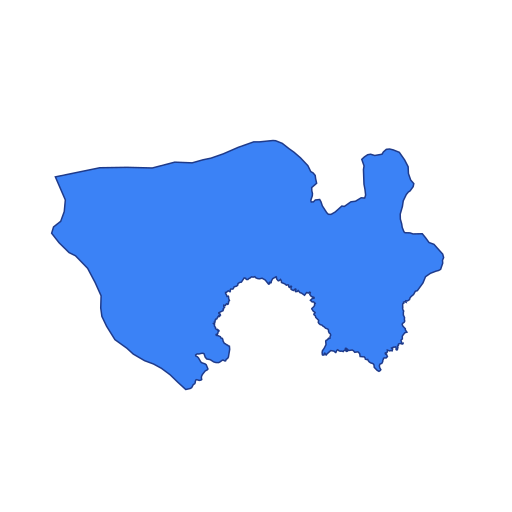 the district of Huameuang, Houaphan, Laos, rotated 335°
{"feature_id": "54806243B56031864903402", "entity_name": "Huameuang", "entity_type": "district", "adm_level": 2, "iso_a3": "LAO", "parent_name": "Laos", "parent_adm1": "Houaphan", "projection": "robinson", "projection_center": [103.862, 20.067], "detail": "fine", "context": "isolated", "style": "filled", "palette": "blue", "viewbox_px": 512, "rotation_deg": 335, "n_neighbors": 0, "source": "geoboundaries", "source_scale": "gbopen_adm2", "svg_char_len": 6145}
<svg xmlns="http://www.w3.org/2000/svg" viewBox="0 0 512 512"><g transform="rotate(335 256 256)"><path d="M135.9,347.3L140.5,348.3L142.1,348.1L144.9,346.0L146.4,345.9L147.3,345.2L148.0,344.0L149.2,342.9L150.0,343.0L152.0,344.8L153.7,345.2L154.6,345.0L155.0,343.3L155.9,341.9L157.4,340.7L161.4,338.7L163.7,338.6L164.7,338.1L164.9,333.5L164.2,332.2L161.8,329.9L161.2,328.7L160.8,324.1L160.3,322.6L159.2,321.2L159.4,320.2L160.5,319.9L161.8,320.0L162.6,320.6L165.5,321.2L166.9,321.8L167.6,322.6L167.2,326.2L167.8,328.5L170.7,330.6L172.9,334.1L174.6,335.6L177.0,336.8L178.4,336.8L181.5,336.2L182.6,336.7L183.1,337.7L184.1,338.2L185.3,337.1L187.0,336.8L188.3,335.9L192.7,329.5L193.8,326.5L192.9,325.7L192.6,324.7L191.8,324.0L191.2,322.7L190.4,321.8L190.2,319.4L190.7,317.2L190.5,316.2L189.6,315.6L189.6,314.1L188.0,312.2L186.5,311.2L186.7,310.3L187.9,310.6L188.2,310.0L188.8,309.9L189.4,308.9L190.8,308.3L190.9,307.9L190.5,307.1L190.0,307.1L190.0,306.2L189.2,306.0L189.0,305.5L188.7,304.4L189.1,303.7L188.7,301.9L189.4,300.8L189.0,299.3L189.9,299.6L190.3,299.1L190.3,298.3L191.0,298.4L191.9,296.8L192.6,296.7L192.9,296.2L194.0,296.4L195.6,295.0L196.9,295.3L197.0,294.6L197.7,295.1L198.0,295.0L198.1,294.5L198.8,294.5L198.9,293.4L198.0,292.5L198.3,291.7L203.1,291.6L203.5,290.7L204.0,290.5L204.0,290.0L205.7,289.3L205.4,288.2L206.0,287.0L207.3,288.0L208.2,287.2L209.2,286.9L209.4,286.9L209.7,287.8L210.2,287.9L211.3,286.9L211.9,285.6L213.1,285.2L213.2,283.1L213.9,281.4L213.9,280.7L212.6,280.4L212.8,278.9L212.6,277.2L213.0,276.2L213.5,276.5L216.2,275.8L217.3,277.4L217.9,277.0L218.5,275.7L219.1,275.3L220.9,276.1L221.4,276.1L223.2,274.7L225.7,275.1L227.1,274.7L228.1,273.3L230.3,273.1L231.7,273.5L236.0,270.9L237.2,271.8L237.2,272.7L237.5,273.3L238.7,273.9L239.8,273.4L241.0,273.5L243.1,273.0L244.6,274.0L246.2,274.2L246.4,275.3L246.8,275.9L247.9,277.1L249.4,278.1L252.1,278.7L254.2,281.6L255.5,286.8L256.3,287.0L256.9,286.7L256.8,285.8L257.1,285.5L258.5,286.5L259.4,285.2L261.5,283.6L265.5,283.3L265.6,283.7L265.1,285.0L265.1,285.9L265.7,287.9L266.6,288.1L268.3,287.6L268.4,289.4L267.9,290.8L270.3,293.4L271.2,295.3L272.3,295.4L273.2,296.0L272.7,297.7L273.0,298.6L274.9,298.1L275.2,298.3L275.3,298.6L274.6,299.2L273.8,300.5L273.7,300.9L274.2,301.8L275.4,303.1L277.4,302.5L278.0,302.7L277.9,303.5L276.8,304.4L276.9,305.1L278.4,305.6L279.6,305.1L280.4,307.8L281.6,308.9L283.4,312.1L286.4,310.5L286.7,310.5L287.6,311.7L289.3,311.4L289.8,312.0L288.5,313.6L288.9,315.6L289.3,316.4L291.0,317.9L291.0,318.6L290.6,318.8L289.2,318.3L286.6,319.1L287.5,321.4L288.7,321.8L289.5,323.4L289.6,324.0L288.8,324.1L288.4,325.3L287.1,326.3L284.4,327.2L284.2,327.5L284.6,330.3L285.7,332.1L285.5,332.5L284.3,332.8L283.7,333.6L284.5,335.1L284.2,336.9L285.6,340.8L284.4,342.4L284.5,343.7L285.2,345.3L286.6,346.5L287.0,347.8L287.9,349.1L288.5,350.8L290.2,352.5L290.4,353.6L289.9,354.9L289.8,356.7L290.4,357.6L290.4,358.8L290.1,359.5L289.2,360.1L288.3,361.8L287.6,361.7L287.0,361.2L286.3,361.8L285.7,361.7L284.9,362.2L283.8,362.1L283.2,362.6L282.0,365.9L278.7,368.5L276.2,369.9L275.2,371.3L274.4,373.5L274.7,374.1L275.9,374.4L276.7,373.3L277.3,373.1L277.7,375.4L277.9,375.4L278.8,374.8L283.8,373.3L286.5,375.2L287.3,377.1L287.6,377.2L289.3,375.7L290.4,375.5L291.3,377.2L292.3,378.0L293.5,378.4L294.7,379.5L295.6,379.0L296.8,378.8L297.7,380.7L298.4,380.9L298.9,380.4L298.1,379.1L297.8,377.8L298.0,377.5L298.6,377.6L299.7,379.6L299.7,380.7L303.5,381.9L304.3,383.1L304.8,385.0L307.5,385.8L308.0,386.2L308.7,388.3L307.9,391.1L311.5,393.2L311.8,394.3L311.5,395.7L312.6,396.7L313.5,396.9L313.5,398.3L313.9,399.9L314.9,401.5L316.1,402.5L316.8,403.6L316.9,404.5L316.1,406.9L317.5,410.9L318.7,412.5L320.2,412.3L321.1,411.8L320.9,409.8L321.3,407.9L321.8,407.1L322.9,406.3L324.6,406.5L326.2,405.3L326.6,404.4L328.0,403.2L328.3,402.6L329.3,402.6L330.8,403.4L332.6,402.7L332.7,400.5L331.9,399.7L332.1,398.6L332.4,398.5L333.2,399.0L334.0,398.8L335.1,397.4L335.3,396.8L337.0,398.5L338.3,398.7L339.3,399.5L340.6,398.0L340.6,397.5L340.0,397.2L339.9,396.7L342.1,396.7L342.8,397.1L343.9,397.2L344.2,397.6L344.0,398.9L343.4,400.0L343.8,400.6L344.5,400.7L346.1,398.6L346.1,397.5L347.3,397.2L347.4,396.6L348.0,396.0L349.8,396.2L351.3,397.6L352.2,397.6L352.4,397.3L351.7,397.2L351.5,396.0L351.7,393.8L352.1,393.4L353.6,393.0L354.6,390.7L355.1,390.2L358.3,388.5L360.6,388.8L360.1,386.2L360.6,385.0L359.5,381.7L359.5,380.0L360.2,379.1L362.4,378.6L363.3,377.8L363.7,376.1L364.6,374.6L364.6,371.8L365.8,369.2L366.6,368.3L366.4,366.9L366.9,364.9L367.5,364.4L367.6,363.6L368.7,361.5L369.2,361.2L370.0,361.2L370.2,360.2L371.6,360.3L372.4,361.2L372.5,360.1L372.8,359.8L374.3,360.7L376.7,360.4L377.7,359.2L379.4,358.3L382.5,357.5L385.5,355.3L387.6,355.6L395.9,351.0L400.9,346.4L406.7,345.4L412.7,345.8L415.4,346.3L417.7,346.1L422.2,341.4L423.2,338.7L425.4,336.7L426.0,333.2L422.2,320.6L418.5,316.9L417.4,311.2L416.1,306.1L407.7,302.4L405.3,300.1L400.9,297.9L400.3,296.5L400.6,291.9L401.6,288.5L402.4,283.6L404.4,279.0L409.6,273.0L412.8,268.2L418.2,263.8L421.1,262.4L423.2,262.1L427.7,259.6L429.6,257.1L428.3,252.6L429.0,245.7L431.6,239.4L431.3,231.7L429.7,222.6L425.2,217.8L422.3,215.5L419.2,214.4L415.5,215.5L413.2,217.0L406.1,215.1L402.9,212.2L400.0,211.4L396.1,212.0L392.7,213.1L392.0,220.0L389.9,223.1L384.2,236.6L382.9,241.7L381.1,247.1L379.0,249.4L375.9,247.7L369.3,248.4L364.9,247.0L357.0,248.4L354.9,247.0L346.3,249.6L341.6,250.0L339.2,248.8L338.4,246.6L337.3,238.6L337.8,234.3L337.6,231.7L333.4,230.3L331.0,231.2L328.9,230.4L329.2,228.7L332.5,225.2L333.6,223.2L334.1,220.6L335.4,217.5L341.7,215.7L342.7,211.2L343.7,208.0L342.9,204.9L341.3,202.6L341.2,196.1L337.8,185.8L334.3,178.0L331.4,172.9L327.4,165.0L322.5,159.8L320.2,158.5L307.3,154.0L302.2,151.6L285.8,150.0L269.7,149.6L256.6,148.3L248.6,146.4L237.5,144.6L222.0,136.6L199.2,132.4L176.5,121.1L151.7,110.0L107.6,99.5L106.9,124.6L101.0,134.7L93.7,142.0L84.8,144.1L80.4,149.0L83.1,160.7L88.0,173.9L92.5,179.5L98.2,196.0L99.0,212.1L98.8,226.6L93.3,237.5L90.8,245.6L90.9,256.5L92.8,272.2L100.0,285.0L103.3,293.0L110.8,303.8L117.5,310.6L122.8,317.8L128.0,327.4L131.8,337.4L135.9,347.3Z" fill="#3b82f6" stroke="#1e3a8a" stroke-width="1.5"/></g></svg>